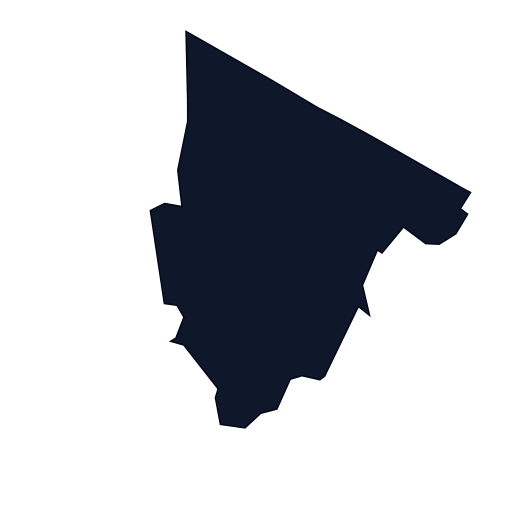 outline of Scott, Tennessee, United States of America, rotated 28°
{"feature_id": "52423323B42225822984570", "entity_name": "Scott", "entity_type": "district", "adm_level": 2, "iso_a3": "USA", "parent_name": "United States of America", "parent_adm1": "Tennessee", "projection": "robinson", "projection_center": [-84.482, 36.383], "detail": "fine", "context": "isolated", "style": "filled", "palette": "ink", "viewbox_px": 512, "rotation_deg": 28, "n_neighbors": 0, "source": "geoboundaries", "source_scale": "gbopen_adm2", "svg_char_len": 672}
<svg xmlns="http://www.w3.org/2000/svg" viewBox="0 0 512 512"><g transform="rotate(28 256 256)"><path d="M88.8,90.6L122.1,149.8L132.5,169.2L146.6,216.9L167.4,247.1L150.7,252.5L141.4,265.5L197.4,341.0L209.4,336.6L221.1,343.9L223.8,366.0L220.7,371.4L234.0,368.5L284.9,391.1L286.7,400.2L303.6,421.4L327.0,412.9L334.0,392.7L346.3,381.3L344.1,348.7L352.8,340.1L370.5,335.3L373.0,329.9L370.1,252.5L384.1,255.1L363.7,231.8L360.4,193.7L365.8,194.2L372.6,161.2L400.0,165.4L412.2,159.6L422.0,142.6L423.2,119.7L414.2,118.2L415.6,99.2L409.5,99.3L302.4,96.1L266.8,95.7L239.9,96.0L188.9,93.5L93.1,90.7L88.8,90.6L88.8,90.6Z" fill="#0f172a" stroke="#020617" stroke-width="1.5"/></g></svg>